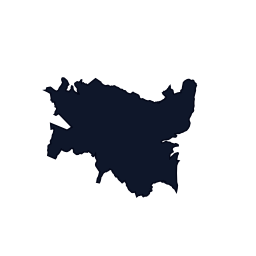 outline of Las Vigas de Ramírez, Veracruz, Mexico, rotated 234°
{"feature_id": "50627088B43841606180493", "entity_name": "Las Vigas de Ramírez", "entity_type": "district", "adm_level": 2, "iso_a3": "MEX", "parent_name": "Mexico", "parent_adm1": "Veracruz", "projection": "orthographic", "projection_center": [-97.091, 19.617], "detail": "fine", "context": "isolated", "style": "filled", "palette": "ink", "viewbox_px": 256, "rotation_deg": 234, "n_neighbors": 0, "source": "geoboundaries", "source_scale": "gbopen_adm2", "svg_char_len": 5813}
<svg xmlns="http://www.w3.org/2000/svg" viewBox="0 0 256 256"><g transform="rotate(234 128 128)"><path d="M194.2,118.7L194.4,118.1L193.7,116.7L193.7,116.0L194.1,114.9L194.4,114.5L195.1,114.2L195.3,113.7L195.3,111.2L194.0,110.4L193.3,110.3L189.6,110.4L188.2,109.2L186.4,108.6L185.0,108.6L184.4,108.4L185.2,107.4L187.1,106.9L187.3,106.5L189.7,106.0L191.0,106.0L193.1,107.0L193.7,107.5L194.9,107.4L195.1,107.2L194.9,106.8L194.3,106.4L194.1,105.9L192.9,105.2L192.0,101.9L194.0,100.1L194.6,99.8L195.2,99.9L195.7,100.5L196.4,102.3L197.8,103.4L198.0,105.6L202.1,106.4L203.0,106.3L203.7,106.0L204.8,105.9L205.1,105.5L205.9,105.6L206.7,104.8L207.0,104.2L206.8,103.7L205.9,102.8L204.3,102.3L203.5,102.5L201.8,99.6L200.8,96.3L199.5,94.1L199.4,93.2L199.9,91.4L202.8,90.2L205.7,89.5L206.7,89.0L206.8,88.4L207.2,88.0L207.5,87.0L208.1,86.1L206.9,84.3L206.8,83.8L207.3,82.9L204.8,84.3L201.4,85.8L201.0,85.4L197.2,83.5L196.2,82.7L196.0,82.2L195.8,82.3L195.7,82.7L195.3,82.8L194.6,82.5L193.9,82.1L193.1,82.5L193.0,83.0L192.1,83.5L192.0,83.9L191.8,83.9L190.4,82.8L189.5,82.9L188.3,81.7L188.0,81.6L187.0,82.2L186.2,82.1L185.5,81.8L184.6,80.6L184.0,78.9L182.5,77.4L182.3,76.9L182.3,76.4L180.7,77.2L180.6,78.8L180.8,79.3L180.5,80.1L179.1,80.7L161.7,83.2L162.0,77.4L177.1,68.1L172.3,65.2L171.7,66.7L171.6,67.8L169.6,66.8L167.5,64.5L166.9,63.1L166.2,62.3L165.4,61.7L165.0,61.1L163.9,60.0L163.8,59.2L163.0,57.6L160.7,56.4L160.7,53.4L160.3,52.7L158.5,51.5L157.1,50.0L155.3,49.3L153.0,47.0L145.9,51.2L146.4,52.7L147.8,54.4L148.1,56.9L150.1,61.6L149.1,61.8L147.9,62.7L147.3,62.7L146.0,63.7L144.9,64.8L144.5,66.7L144.5,68.2L144.7,68.7L144.8,70.3L144.5,70.8L144.0,71.0L143.6,71.6L142.4,71.2L140.5,69.9L138.1,70.4L136.9,70.9L136.2,71.9L136.0,72.5L136.0,73.7L135.7,74.4L134.5,75.5L134.7,76.8L134.5,77.9L134.6,78.4L132.3,81.1L132.8,82.0L132.8,82.4L128.3,83.7L127.9,83.6L127.0,82.7L126.3,83.1L125.7,82.9L125.5,83.1L125.3,83.4L125.7,84.4L125.8,85.4L126.3,86.6L125.7,86.3L124.1,85.0L123.1,84.5L122.2,84.2L120.9,84.2L119.2,83.5L118.5,81.6L117.6,80.5L116.3,79.8L110.2,79.5L109.3,79.7L106.0,75.7L105.1,73.7L103.2,71.7L102.9,71.6L102.5,70.9L100.6,72.6L101.2,73.7L102.5,75.3L104.5,77.4L104.6,78.3L106.0,81.0L106.2,82.1L106.1,83.9L105.4,85.0L105.4,86.7L105.1,87.3L105.5,89.0L104.7,89.7L102.7,90.4L102.3,89.8L101.9,89.8L101.7,90.0L100.7,89.6L100.4,89.8L99.1,89.9L97.7,89.8L97.4,89.5L96.8,89.6L96.3,89.5L95.9,90.0L95.4,89.7L95.0,90.3L94.1,90.9L93.6,90.9L93.4,90.5L92.8,90.3L90.7,90.4L89.6,90.8L87.2,91.1L87.1,91.8L87.5,93.3L87.2,94.4L85.9,94.1L85.3,94.4L84.2,94.2L83.8,93.9L83.4,94.2L82.4,93.1L80.0,93.1L79.5,92.8L77.6,92.5L73.8,93.3L73.2,93.9L72.0,96.2L67.3,94.7L67.3,95.7L67.5,96.7L66.7,97.8L66.7,98.8L65.9,99.4L65.8,100.5L65.4,100.7L63.9,99.9L63.5,100.0L63.3,100.8L63.4,101.5L62.8,102.5L62.4,102.5L62.1,103.6L62.3,104.4L62.1,104.7L62.5,105.5L62.4,106.3L62.6,106.4L62.7,106.9L64.0,108.0L63.9,108.8L63.5,108.9L63.3,109.8L63.3,110.4L63.5,110.6L64.1,110.8L64.5,110.5L65.6,110.7L65.5,111.4L65.6,112.2L65.9,112.6L66.3,112.9L67.6,112.5L68.2,113.0L68.5,114.0L68.9,115.7L68.7,116.6L68.1,117.1L67.8,118.0L67.8,118.9L66.4,122.7L66.1,123.3L64.5,123.8L63.9,124.3L64.8,124.5L64.4,125.7L64.0,125.6L62.7,126.8L62.2,125.7L59.7,126.9L59.3,127.6L58.2,128.3L54.5,129.7L54.0,129.6L53.6,129.3L51.2,129.9L50.5,130.2L50.2,130.2L49.8,129.8L47.9,129.6L50.3,132.2L52.7,134.3L55.6,135.4L63.2,140.6L68.0,144.3L69.2,145.3L71.1,148.2L71.5,149.9L72.5,149.0L72.9,148.3L73.7,148.5L75.6,150.6L76.7,151.6L77.2,152.8L78.1,153.9L78.7,153.6L79.4,151.6L79.6,150.4L79.2,148.2L79.2,147.0L78.9,146.0L78.7,143.9L81.5,145.7L82.1,146.5L82.4,147.3L82.5,149.3L82.3,150.5L84.9,151.0L85.8,152.3L85.9,153.4L85.6,155.3L84.1,158.1L84.7,158.6L86.2,158.1L87.3,157.3L87.7,155.7L89.0,155.0L90.0,153.9L91.1,153.8L91.8,153.4L92.9,152.1L93.9,151.3L94.4,151.2L94.9,150.4L95.0,149.5L94.9,148.8L95.1,148.6L95.3,147.6L95.9,146.8L96.2,146.7L97.4,146.7L97.7,147.4L97.5,149.6L97.2,150.3L95.2,153.8L94.9,155.3L94.9,158.5L94.4,159.4L93.6,160.1L92.8,161.1L92.7,161.5L93.1,162.7L93.3,162.7L93.7,162.4L95.4,162.3L95.7,162.5L94.7,164.3L94.5,165.5L93.7,165.9L93.3,167.1L93.3,167.9L92.5,170.1L92.4,171.7L91.9,173.7L91.9,174.2L92.5,176.5L93.5,178.6L95.6,181.0L98.1,181.7L99.7,182.7L101.5,186.4L102.7,188.0L103.1,190.4L103.8,191.4L105.3,192.1L107.1,194.3L108.8,195.3L110.8,196.8L112.6,198.6L114.2,199.2L118.7,204.5L120.3,205.6L121.0,206.3L122.3,208.4L122.9,208.4L123.9,209.0L125.8,208.4L127.8,208.9L128.2,208.7L128.7,208.2L129.0,207.0L131.3,206.0L131.9,205.1L132.3,203.9L132.5,201.4L132.1,199.6L128.9,196.2L127.2,194.6L127.3,193.4L127.2,192.9L125.6,191.6L127.0,188.8L128.0,185.1L128.9,185.0L129.6,185.1L132.1,186.3L133.4,186.0L134.2,185.2L134.5,185.2L135.6,185.6L136.7,186.5L137.1,186.5L137.4,186.7L137.3,186.0L136.3,183.9L136.3,183.2L135.8,182.0L135.9,181.4L135.8,179.2L136.0,178.8L136.4,178.6L136.0,177.0L136.1,176.7L134.5,176.4L133.7,176.7L132.8,176.7L131.5,177.1L130.8,177.0L130.3,176.7L130.2,176.2L130.3,175.3L129.8,175.0L129.7,174.5L130.0,173.0L130.1,170.5L130.5,169.5L130.3,169.5L130.3,168.8L130.1,168.6L130.0,167.9L130.7,167.1L131.4,167.6L132.0,166.1L132.5,165.5L132.8,164.2L133.7,163.3L134.1,163.6L134.5,163.5L135.6,162.6L136.7,162.1L137.6,161.2L137.7,160.5L138.1,159.9L140.0,158.4L143.0,157.0L143.7,155.5L144.2,155.1L145.9,155.0L146.6,155.2L147.0,155.6L147.7,155.7L148.4,155.7L149.1,155.4L152.9,153.3L153.9,153.0L153.9,150.0L155.3,148.8L156.7,148.0L157.7,147.7L159.6,147.6L161.0,146.2L161.5,146.0L162.3,146.1L164.0,144.4L166.0,143.9L167.1,143.3L167.6,142.5L168.4,142.5L170.0,141.8L170.3,141.3L170.9,139.5L171.6,139.1L171.6,138.2L171.8,138.0L174.2,136.9L174.9,135.4L174.8,135.0L176.4,133.8L177.3,133.3L179.6,132.6L180.3,132.6L180.9,132.9L186.9,130.7L186.4,120.3L187.9,120.1L188.5,119.2L190.1,118.4L190.9,118.3L191.2,116.8L192.7,117.4L193.6,118.3L194.2,118.7Z" fill="#0f172a" stroke="#020617" stroke-width="1.5"/></g></svg>